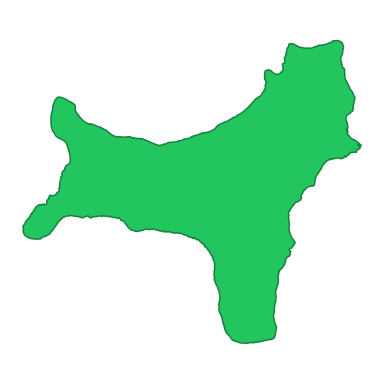 the district of Christmas Island, Australia
{"feature_id": "25037944B52215188187413", "entity_name": "Christmas Island", "entity_type": "district", "adm_level": 2, "iso_a3": "AUS", "parent_name": "Australia", "parent_adm1": "", "projection": "orthographic", "projection_center": [105.63, -10.491], "detail": "fine", "context": "isolated", "style": "filled", "palette": "green", "viewbox_px": 384, "rotation_deg": 0, "n_neighbors": 0, "source": "geoboundaries", "source_scale": "gbopen_adm2", "svg_char_len": 5924}
<svg xmlns="http://www.w3.org/2000/svg" viewBox="0 0 384 384"><path d="M288.6,46.2L287.3,48.1L285.6,55.9L284.4,58.1L285.0,62.2L284.5,62.9L282.6,63.9L282.6,66.5L283.3,68.9L282.6,70.6L280.2,73.1L278.8,74.2L277.7,74.5L274.7,73.8L272.4,72.2L271.2,70.8L268.7,69.8L267.7,70.2L267.2,70.0L266.8,70.6L265.2,71.0L265.0,72.8L264.5,73.2L264.6,76.6L264.9,79.5L266.3,82.0L265.2,85.5L265.4,87.5L265.0,89.1L263.8,90.7L264.1,91.7L262.5,92.4L261.5,95.2L255.7,99.0L247.8,107.8L243.7,111.4L240.0,114.1L238.0,114.7L236.8,116.2L234.4,117.3L233.1,117.4L231.4,118.9L228.0,120.6L227.0,121.6L225.0,122.0L218.5,124.9L214.2,129.3L209.7,131.6L206.1,132.6L203.1,132.7L197.0,135.1L193.5,135.9L188.2,138.7L184.2,139.1L181.3,140.7L178.9,140.8L176.9,141.7L173.2,142.2L169.5,142.4L167.7,142.8L165.7,144.0L164.2,144.0L160.2,145.5L157.7,145.2L150.6,142.4L149.7,141.7L148.0,141.2L147.6,141.4L146.0,140.2L140.9,138.4L140.3,138.8L137.9,138.6L132.6,137.8L129.9,136.7L122.8,137.2L119.7,136.6L117.3,137.0L114.5,136.2L111.7,134.8L106.2,130.3L102.5,128.5L101.2,127.5L98.1,126.6L92.3,124.2L91.1,124.2L89.8,123.6L88.4,123.9L84.4,121.8L80.3,117.8L75.7,111.4L75.0,108.8L75.4,106.6L74.7,104.7L70.8,102.0L68.9,101.3L66.3,99.4L61.2,97.4L58.4,97.0L57.1,97.8L55.2,100.0L53.0,105.6L52.3,111.1L51.7,112.8L50.9,117.4L51.2,125.6L52.6,130.9L54.4,133.0L55.7,135.8L59.1,138.4L60.0,138.4L64.5,141.0L66.3,143.1L67.3,145.5L69.8,154.3L70.3,159.9L70.1,162.0L69.3,163.7L67.3,164.8L65.4,166.6L64.3,170.3L63.1,170.9L62.3,172.4L61.8,173.9L62.2,175.6L60.9,176.9L60.9,178.6L60.4,179.8L60.6,180.8L60.2,181.2L59.6,183.8L60.1,184.8L59.5,185.5L59.8,187.3L58.8,188.5L59.4,189.8L59.0,191.2L57.1,192.5L56.0,194.3L54.5,195.4L52.8,195.8L50.8,195.2L49.7,195.6L49.0,196.6L49.0,198.7L48.5,198.5L47.0,200.5L46.7,201.8L47.0,203.0L46.1,204.0L44.5,204.8L42.8,204.1L41.8,204.9L40.3,204.6L38.9,204.8L35.7,207.1L34.7,209.4L30.9,214.3L29.8,216.8L25.5,221.8L24.8,224.0L23.2,225.7L23.0,227.6L23.4,228.4L23.1,231.7L24.4,234.7L25.4,235.8L27.6,237.3L30.6,238.5L37.1,239.2L40.7,238.8L41.2,238.1L43.3,236.8L46.0,236.1L50.0,233.7L50.5,232.7L53.3,229.4L58.4,222.0L60.5,219.8L63.0,217.5L66.8,216.0L68.6,216.0L70.4,215.5L79.3,216.8L82.9,217.9L84.0,217.0L85.7,216.7L86.3,216.1L88.3,216.0L88.8,216.3L89.0,217.1L90.1,217.3L90.8,218.0L93.4,216.6L96.3,216.7L100.3,215.8L101.4,216.4L103.7,215.8L104.7,216.4L106.3,215.8L107.6,216.6L108.5,216.4L110.0,216.8L111.3,216.3L111.4,216.8L112.7,217.4L114.4,217.3L117.8,218.4L119.5,217.6L120.8,220.1L123.9,221.4L125.2,223.6L127.3,225.8L127.9,227.2L131.3,230.1L133.6,230.5L134.6,231.1L137.5,231.5L139.5,231.1L141.1,230.3L142.6,230.4L145.5,229.2L149.7,229.6L151.3,228.9L152.1,229.4L154.6,229.2L156.4,230.1L157.6,230.0L159.3,230.8L162.5,231.2L164.2,231.9L169.5,231.8L172.9,232.9L174.8,232.8L175.7,233.2L177.6,232.6L178.5,233.3L180.1,233.5L180.9,233.2L183.7,234.7L187.0,235.5L188.7,237.0L190.8,237.1L192.8,238.3L193.8,238.3L194.5,237.4L195.1,238.6L196.9,239.8L198.6,239.5L199.5,241.1L200.8,241.9L201.7,243.1L204.3,244.8L204.5,246.3L207.5,248.7L208.3,250.6L208.8,250.7L209.4,251.9L210.0,252.1L210.3,253.6L212.6,257.0L213.1,259.6L214.0,261.0L214.5,263.1L214.7,266.0L214.5,267.8L215.0,268.8L214.1,271.2L214.3,273.4L213.9,274.5L214.5,277.9L214.3,279.7L216.1,284.6L217.6,287.1L217.9,288.8L218.8,290.1L219.9,295.7L219.9,298.8L219.5,300.1L219.8,301.2L219.1,302.1L218.9,303.3L218.8,305.3L219.2,307.8L218.9,308.6L219.0,310.6L219.7,312.7L221.5,315.9L222.8,322.2L223.4,323.3L223.3,324.5L224.0,325.5L224.8,329.4L225.7,330.9L226.1,332.5L230.2,336.8L230.6,338.2L231.9,338.9L232.2,340.0L233.3,340.1L234.4,341.0L238.6,342.1L240.2,343.0L243.9,342.9L245.0,343.5L251.2,342.5L253.8,342.8L255.7,342.2L260.2,341.7L261.4,341.1L262.4,341.4L263.5,340.6L266.4,340.4L269.0,339.5L271.1,339.6L272.0,338.8L273.2,338.9L274.5,337.3L275.1,335.7L276.1,329.5L276.7,327.8L274.7,322.4L273.6,317.4L273.5,315.1L274.2,312.3L274.3,307.0L274.8,305.3L274.8,303.9L275.8,301.5L275.7,300.0L276.1,296.6L275.5,291.9L278.3,282.8L278.4,278.8L278.0,275.9L278.5,275.1L278.6,273.1L279.3,271.8L278.9,271.1L279.9,270.5L280.9,268.7L282.2,268.2L283.1,266.4L284.0,265.4L284.8,263.9L285.1,262.1L285.6,261.7L285.0,260.6L287.5,256.8L289.2,256.3L290.2,254.8L290.1,253.1L290.6,252.3L290.6,251.2L289.2,250.4L289.7,248.8L290.1,248.4L291.9,247.9L292.6,246.3L294.2,244.5L294.5,243.3L295.2,242.7L292.7,238.6L291.7,237.9L289.3,231.0L289.3,229.3L288.8,228.6L289.4,224.0L288.5,217.2L289.0,215.1L288.5,213.1L288.7,211.8L289.8,210.9L290.6,208.9L295.0,203.0L297.0,201.8L298.2,201.6L299.4,200.4L300.5,200.1L301.5,197.9L300.9,195.7L301.8,194.0L302.3,193.7L303.4,191.3L304.9,189.7L307.9,186.9L311.6,185.9L313.5,186.0L314.6,184.2L315.1,179.3L316.6,175.3L317.8,174.0L320.6,169.4L321.4,168.9L321.5,167.8L323.1,164.8L326.2,161.5L329.0,159.7L329.7,158.7L330.8,159.6L331.5,158.8L332.3,159.1L337.6,157.8L341.4,158.7L342.0,157.9L343.2,158.0L344.1,157.4L344.4,156.2L346.1,157.0L346.5,155.9L347.0,155.5L347.9,155.5L350.0,153.1L351.4,152.5L356.4,152.1L356.5,150.4L357.3,150.3L357.7,149.4L359.5,148.8L360.5,147.0L359.7,146.7L359.1,145.6L358.2,145.4L358.1,144.9L359.2,144.8L360.2,145.3L361.0,145.2L357.7,142.1L354.1,139.7L352.7,139.4L350.7,138.0L348.6,135.2L347.3,134.2L347.9,131.1L347.5,130.7L346.7,130.9L346.4,130.0L346.6,129.1L347.0,129.6L347.7,128.6L347.7,124.9L347.2,122.8L346.3,121.0L345.9,118.1L346.8,115.1L349.6,113.6L351.8,111.4L352.5,111.2L352.5,110.3L353.1,109.5L353.4,107.9L353.0,107.1L354.0,103.0L354.0,101.0L354.8,99.4L354.6,97.6L354.8,97.0L354.3,96.7L352.3,91.9L350.3,89.3L349.2,86.6L344.9,78.5L344.5,69.5L344.1,68.4L342.9,67.6L341.8,65.3L341.9,64.1L340.6,58.8L341.0,56.7L341.6,56.1L342.5,53.6L342.9,49.8L343.6,48.1L343.5,46.7L342.2,42.9L340.8,41.7L338.9,40.8L336.8,40.5L334.5,40.9L333.7,40.7L332.6,41.0L332.2,41.7L331.2,42.2L326.5,44.1L322.0,45.2L319.7,45.1L310.9,48.4L310.4,48.1L305.7,48.2L303.0,47.9L302.3,47.5L301.0,47.6L297.9,46.5L297.0,45.7L295.5,45.2L293.4,43.8L292.5,44.2L291.2,43.5L289.1,44.0L288.6,46.2Z" fill="#22c55e" stroke="#15803d" stroke-width="1.5"/></svg>